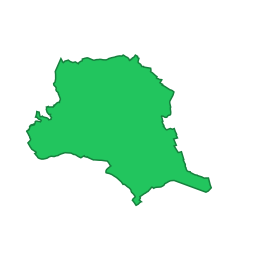 Pocola, Bihor, Romania, rotated 16°
{"feature_id": "2599482B76351023541530", "entity_name": "Pocola", "entity_type": "district", "adm_level": 2, "iso_a3": "ROU", "parent_name": "Romania", "parent_adm1": "Bihor", "projection": "equal_earth", "projection_center": [22.281, 46.7], "detail": "fine", "context": "isolated", "style": "filled", "palette": "green", "viewbox_px": 256, "rotation_deg": 16, "n_neighbors": 0, "source": "geoboundaries", "source_scale": "gbopen_adm2", "svg_char_len": 5722}
<svg xmlns="http://www.w3.org/2000/svg" viewBox="0 0 256 256"><g transform="rotate(16 128 128)"><path d="M157.1,200.1L158.9,198.3L159.7,196.7L160.1,196.2L160.6,195.5L161.1,195.2L159.5,194.5L158.7,194.2L158.9,193.5L159.2,191.8L158.6,191.2L158.3,190.7L158.8,190.2L159.6,189.3L161.7,186.7L162.0,186.3L162.8,185.7L163.0,185.4L163.6,184.5L164.7,183.5L165.1,182.7L165.4,181.9L165.8,181.3L166.8,179.0L167.2,178.3L167.4,178.3L167.8,178.3L169.4,178.9L169.8,178.3L170.2,178.0L170.7,177.6L171.2,177.4L172.0,177.0L175.1,175.9L176.1,175.4L178.2,173.3L178.4,172.7L178.7,171.4L180.3,169.9L182.0,168.1L183.5,166.9L186.8,165.7L220.6,168.2L222.5,166.5L224.4,162.8L224.5,162.5L222.7,160.1L219.1,153.9L216.1,154.8L215.5,155.1L214.5,155.1L213.3,154.9L212.6,154.7L208.2,154.6L207.7,154.3L205.9,154.5L205.0,154.5L200.4,153.6L199.8,152.9L198.9,153.1L197.6,153.2L197.2,153.1L196.4,152.7L196.0,152.3L195.1,151.2L194.9,150.7L194.5,150.0L194.0,149.8L193.7,149.3L193.6,149.0L193.6,148.7L193.1,147.6L193.1,147.1L192.9,146.9L192.1,146.2L191.2,145.0L190.8,144.8L189.9,143.5L190.4,143.1L185.9,136.1L184.0,137.3L182.9,137.7L178.2,133.4L177.3,132.5L179.2,131.3L174.9,126.0L178.3,123.9L176.3,121.6L176.5,120.7L174.4,118.4L172.6,115.8L171.1,117.0L168.8,116.8L165.9,119.0L165.5,119.1L165.3,119.1L165.0,119.0L163.3,117.8L161.7,116.6L162.1,116.3L161.8,115.8L161.2,115.1L160.5,114.6L159.1,112.6L159.7,111.9L158.9,110.9L158.5,109.9L157.4,108.3L157.0,107.6L157.0,107.3L158.3,107.0L159.1,107.1L160.6,107.5L161.8,107.2L162.4,106.8L162.9,105.4L163.4,104.7L164.9,103.8L165.1,103.3L165.1,102.7L164.8,101.3L164.5,100.4L163.8,98.9L163.4,97.8L163.2,97.1L163.1,96.5L163.3,96.2L161.2,92.5L160.8,90.8L161.2,88.8L162.1,84.6L162.2,83.6L162.2,80.7L160.6,80.0L159.5,79.7L157.8,79.7L152.8,78.2L150.7,77.6L149.0,77.5L148.9,77.3L148.9,77.1L149.2,76.5L147.3,76.1L146.2,75.7L147.1,72.9L147.2,72.3L146.5,72.3L145.5,72.6L144.9,72.7L143.2,72.3L142.5,72.4L141.6,72.1L141.7,70.6L140.3,70.2L138.7,69.4L136.2,68.2L134.1,67.6L134.2,66.3L133.7,65.1L133.3,64.3L126.2,65.1L126.0,64.6L124.7,64.9L124.2,65.1L123.6,64.4L123.4,64.1L123.0,63.7L122.6,63.4L122.3,63.2L121.0,62.8L120.2,62.5L119.7,62.2L119.3,61.0L119.3,58.0L117.7,57.7L117.6,57.4L117.6,57.0L117.5,56.5L115.0,55.9L114.4,57.7L114.1,58.3L113.6,58.9L112.9,59.5L112.5,60.8L112.1,60.9L111.8,61.2L111.8,61.8L111.1,62.6L110.8,62.7L110.2,61.8L109.8,61.4L109.0,60.8L108.2,60.4L106.2,60.1L103.5,59.2L103.1,59.7L102.7,59.7L102.3,60.6L100.4,60.9L98.7,61.6L96.9,62.6L95.7,63.5L92.6,65.1L91.5,65.9L90.7,66.3L90.5,66.5L89.7,67.4L88.5,68.4L87.8,68.7L85.4,69.3L83.1,69.5L81.6,69.9L81.1,70.2L78.8,71.0L76.6,72.3L75.4,72.3L70.5,71.7L69.4,71.8L68.2,72.4L67.1,73.0L65.5,74.1L65.1,74.3L65.3,75.2L65.4,75.6L65.3,76.2L64.3,76.8L62.9,78.5L62.7,79.0L62.5,79.9L59.2,79.0L56.9,80.3L53.9,80.0L51.9,79.2L50.9,79.9L48.9,81.1L47.8,83.0L47.0,82.6L46.1,81.5L44.4,79.8L42.5,93.7L43.6,96.3L44.9,100.7L45.2,103.9L44.3,105.7L44.3,106.0L45.0,107.3L45.4,107.5L45.7,107.7L45.9,107.8L47.3,108.6L47.7,109.1L48.0,109.5L48.1,110.1L48.2,111.1L48.5,111.6L48.7,111.8L49.2,112.3L49.5,112.4L50.3,112.7L50.6,113.0L51.2,113.3L51.4,113.6L51.5,114.1L51.7,114.5L52.3,115.1L54.7,118.3L55.0,118.7L55.1,119.2L55.0,119.7L55.1,120.2L54.8,121.3L55.0,122.3L54.8,122.3L54.5,122.3L53.4,122.9L53.2,123.2L53.0,123.4L52.7,123.6L52.4,124.0L52.2,124.5L52.0,125.0L51.6,125.6L51.3,125.9L50.8,126.4L50.5,126.6L51.1,127.0L50.8,127.5L50.1,128.7L49.4,128.6L49.1,128.8L48.6,128.9L45.7,129.8L45.5,129.3L44.2,130.1L43.8,130.4L44.0,130.6L44.3,131.0L44.3,131.5L44.3,132.6L44.9,133.5L45.7,134.8L46.0,135.2L47.7,136.4L48.2,136.8L48.5,136.7L49.8,136.3L49.8,137.0L49.8,137.8L51.1,138.7L51.6,139.1L51.4,139.9L51.4,140.2L51.6,140.9L51.4,141.0L50.8,141.3L50.3,141.6L49.5,142.0L48.7,141.1L48.3,140.9L47.6,140.7L46.7,140.6L45.3,140.7L43.6,140.7L42.8,140.5L42.4,140.2L41.7,140.9L41.2,141.2L40.6,141.4L39.6,140.1L39.2,139.0L38.7,138.6L38.3,137.3L35.8,137.3L36.1,139.3L36.3,139.8L36.3,140.1L36.2,140.9L36.3,142.1L36.1,143.0L36.7,143.0L37.5,142.8L38.1,143.0L38.2,143.3L39.7,144.1L40.3,144.1L40.8,143.9L42.1,144.4L42.5,144.5L42.5,145.1L42.3,145.6L42.0,146.3L41.6,146.2L41.0,146.1L40.2,146.4L38.5,146.5L37.3,147.0L37.1,147.4L37.3,148.2L37.2,148.9L37.2,149.3L37.1,150.7L36.6,150.9L36.5,150.5L36.1,150.3L35.6,150.9L35.9,151.2L35.9,151.5L35.7,151.7L35.3,151.7L35.0,151.6L34.9,151.3L34.7,151.3L33.8,152.1L34.1,152.5L34.0,152.9L33.8,153.0L33.4,152.7L33.0,153.8L33.4,154.6L33.4,155.7L33.3,155.9L33.4,156.1L33.3,157.0L33.0,157.1L32.7,157.1L32.8,157.6L32.7,157.8L32.4,158.1L31.7,158.5L31.5,159.0L31.7,159.3L31.9,159.4L33.5,160.9L34.9,162.5L35.3,162.8L35.7,163.2L36.4,164.6L37.1,165.0L37.4,165.4L37.5,165.7L37.5,166.5L37.4,167.0L35.9,169.9L38.0,171.9L39.3,173.2L41.5,175.0L46.1,176.4L46.5,177.2L46.3,177.5L45.4,178.2L47.2,179.5L48.5,180.3L49.6,181.3L51.0,181.7L53.3,181.7L55.1,181.2L57.4,180.0L58.8,179.1L60.0,177.6L61.9,176.3L62.4,176.2L64.0,176.0L65.1,175.7L66.5,174.6L67.6,174.1L68.4,173.7L68.7,173.2L70.5,171.6L74.2,169.1L79.2,168.0L80.4,167.8L82.9,168.4L84.7,168.1L88.0,169.1L90.9,169.6L92.6,167.7L93.6,166.8L94.0,167.4L96.3,167.4L96.6,167.3L96.9,166.9L97.1,166.9L97.4,167.2L97.8,167.4L101.3,167.9L103.6,168.2L103.9,168.0L109.2,166.9L111.6,166.3L116.0,165.7L117.2,165.5L118.4,166.3L119.8,167.4L120.6,168.4L122.0,169.2L119.9,172.1L118.9,173.9L118.7,174.9L118.9,176.5L119.4,177.1L122.6,176.9L125.4,177.2L127.8,178.0L130.4,178.7L131.8,179.3L136.2,181.5L136.9,182.0L138.8,183.6L139.7,183.1L141.4,183.5L142.5,184.1L144.2,184.8L145.6,185.2L146.5,185.7L147.1,186.1L147.8,186.7L148.2,187.3L148.5,187.9L149.1,188.7L151.1,189.8L151.9,190.3L153.8,191.9L153.8,192.3L153.6,192.9L152.4,194.7L152.3,195.7L152.1,196.2L152.6,196.5L153.4,197.1L154.4,197.8L155.9,199.1L156.5,199.7L157.1,200.1Z" fill="#22c55e" stroke="#15803d" stroke-width="1.5"/></g></svg>